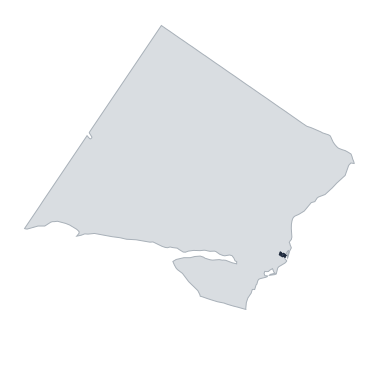 Riyad, Kafr ash Shaykh, Egypt shown in context, rotated 124°
{"feature_id": "37247803B2291437615199", "entity_name": "Riyad", "entity_type": "district", "adm_level": 2, "iso_a3": "EGY", "parent_name": "Egypt", "parent_adm1": "Kafr ash Shaykh", "projection": "natural_earth1", "projection_center": [30.914, 31.32], "detail": "fine", "context": "in_parent", "style": "filled", "palette": "slate", "viewbox_px": 384, "rotation_deg": 124, "n_neighbors": 0, "source": "geoboundaries", "source_scale": "gbopen_adm2", "svg_char_len": 4344}
<svg xmlns="http://www.w3.org/2000/svg" viewBox="0 0 384 384"><g transform="rotate(124 192 192)"><path d="M315.9,310.4L309.1,310.4L302.4,310.4L295.6,310.4L288.9,310.4L282.1,310.5L275.4,310.5L268.6,310.5L261.9,310.5L255.1,310.5L248.3,310.5L241.6,310.5L234.8,310.5L228.1,310.5L221.3,310.5L214.6,310.5L207.8,310.5L204.0,310.5L204.6,308.3L205.0,306.7L204.6,305.7L203.3,305.4L202.4,305.7L200.4,310.3L199.3,310.5L196.9,310.5L189.1,310.5L181.2,310.5L173.3,310.5L165.5,310.5L157.6,310.5L149.8,310.5L141.9,310.5L134.0,310.5L126.2,310.5L118.3,310.5L110.4,310.5L102.6,310.5L94.7,310.5L86.8,310.5L79.0,310.5L71.1,310.5L71.2,305.0L71.2,299.5L71.3,294.0L71.4,288.5L71.4,282.9L71.5,277.4L71.5,271.9L71.6,266.4L71.7,260.9L71.7,255.4L71.8,249.9L71.9,244.4L71.9,238.9L72.0,233.4L72.1,227.9L72.1,222.4L72.2,216.9L72.3,211.4L72.4,205.8L72.4,200.3L72.5,194.8L72.6,189.3L72.6,183.8L72.7,178.3L72.8,172.8L72.9,167.3L72.9,161.8L73.0,156.2L73.1,150.7L73.2,145.2L73.3,139.7L73.3,134.2L73.2,133.2L72.1,129.4L71.2,124.7L70.1,118.8L70.0,116.9L68.3,110.9L68.1,109.2L68.6,108.0L71.7,102.9L72.7,100.4L73.5,97.5L73.8,95.1L73.0,91.4L72.0,88.1L71.7,84.7L71.6,81.4L73.2,79.1L75.0,77.0L75.8,75.7L76.9,74.2L77.7,73.5L79.1,76.5L82.3,77.0L92.6,74.3L103.8,77.0L110.1,78.0L119.7,80.3L125.5,84.4L127.1,84.9L131.3,84.8L134.1,87.2L145.0,88.3L150.9,91.0L154.2,93.1L156.2,93.7L158.0,93.6L160.4,92.8L163.4,91.4L166.7,89.3L173.5,84.0L175.9,83.1L177.5,83.3L179.4,83.2L180.2,81.8L181.2,80.8L181.8,79.7L182.8,78.4L186.4,78.0L193.4,75.7L192.7,76.8L186.2,79.4L189.0,79.7L191.8,78.8L195.0,78.2L195.6,77.1L196.0,75.1L196.6,74.8L198.9,75.2L205.5,78.3L207.2,78.4L211.8,76.7L212.8,76.3L214.3,77.3L217.8,81.2L216.6,81.1L212.9,77.7L212.6,79.4L210.5,82.4L213.1,83.7L215.2,84.2L216.4,85.8L217.1,87.3L219.2,86.7L220.7,84.7L219.9,83.5L219.4,82.4L220.1,82.3L221.6,83.3L225.8,87.1L227.2,87.9L228.8,87.8L232.2,86.7L233.2,86.9L237.8,85.5L238.3,86.5L239.1,87.5L242.8,86.4L248.6,86.4L253.3,85.1L258.8,82.1L259.2,81.7L259.5,82.4L260.2,84.5L261.9,89.7L263.4,93.8L265.2,99.5L265.8,101.7L266.1,103.2L268.7,109.4L270.3,114.6L271.5,118.7L273.1,124.8L273.8,126.9L272.7,128.1L270.5,132.0L268.2,144.6L264.8,154.4L264.5,160.6L263.9,162.8L262.3,165.9L260.3,169.0L256.8,167.4L251.0,162.0L247.6,156.9L243.9,153.6L240.5,149.3L239.6,146.1L239.6,144.1L238.1,139.2L237.0,136.9L232.8,131.6L231.6,128.8L230.7,127.6L229.8,125.9L228.2,119.1L226.6,114.8L224.7,116.0L225.0,117.8L223.4,120.3L222.4,123.2L223.2,125.6L226.6,129.2L227.3,130.8L228.1,134.2L228.0,138.9L228.5,140.4L231.1,143.9L232.0,146.0L232.6,147.7L233.4,149.3L236.0,152.4L239.6,158.1L243.1,162.0L245.6,163.8L246.7,165.7L246.9,170.5L246.8,172.8L249.0,177.2L249.8,179.4L251.9,181.2L252.9,183.2L253.8,186.5L255.2,196.4L257.1,198.8L262.9,211.7L267.8,219.9L270.1,226.0L273.8,233.4L280.9,249.7L285.1,254.7L286.7,257.5L289.8,259.7L293.1,262.9L289.9,262.6L289.2,262.7L288.1,263.3L287.6,265.2L287.4,266.8L287.8,275.0L288.7,279.2L291.5,287.2L293.6,289.6L294.6,291.1L296.0,292.2L302.5,295.0L306.4,300.7L315.0,308.0L315.9,310.0L315.9,310.4Z" fill="#d9dde1" stroke="#a8b0b8" stroke-width="1"/><path d="M194.1,78.9L194.1,78.7L193.9,78.4L193.7,78.4L193.7,78.5L193.6,78.8L193.4,78.9L193.4,79.0L193.2,79.2L193.1,79.3L192.9,79.4L192.9,79.5L192.9,79.4L192.8,79.5L192.8,79.4L192.8,79.5L192.7,79.5L192.6,79.4L192.6,79.5L192.5,79.4L192.5,79.2L192.4,79.0L192.2,79.1L192.2,79.3L192.1,79.2L192.1,79.3L192.0,79.2L191.9,79.1L192.0,79.2L192.0,79.4L191.9,79.5L192.0,79.7L191.9,79.9L191.9,80.0L191.8,80.3L191.8,80.5L191.7,80.6L191.8,80.8L191.8,81.0L191.8,81.3L191.9,81.6L191.9,81.9L192.0,82.0L192.3,82.1L192.5,82.1L192.8,82.3L192.9,82.5L193.0,82.6L193.1,82.8L193.1,83.1L193.1,83.3L193.0,83.5L193.1,83.8L192.8,83.9L192.8,84.0L192.7,84.0L192.4,84.1L192.4,84.3L192.5,84.4L192.5,84.5L192.6,84.4L192.7,84.5L192.8,84.3L193.0,84.3L193.1,84.2L193.2,84.3L193.1,84.5L193.2,84.8L193.1,85.0L193.3,85.0L193.5,84.9L193.8,84.8L193.9,84.6L194.0,84.6L194.3,84.5L194.5,84.4L194.8,84.4L195.0,84.4L195.1,84.2L195.0,83.8L194.8,83.8L194.7,83.7L194.7,83.4L194.6,83.2L194.6,82.9L194.6,82.7L194.8,82.5L194.9,82.4L195.0,82.3L195.1,82.2L194.9,81.7L194.8,81.4L194.8,81.2L194.9,80.9L195.0,80.8L195.0,80.7L195.1,80.4L195.0,80.5L194.9,80.6L194.7,80.7L194.4,80.8L194.2,80.8L194.1,80.7L194.1,80.4L194.0,80.1L193.9,80.0L193.9,79.9L193.9,79.7L194.0,79.4L194.1,79.2L194.1,78.9Z" fill="#64748b" stroke="#1e293b" stroke-width="1.5"/></g></svg>